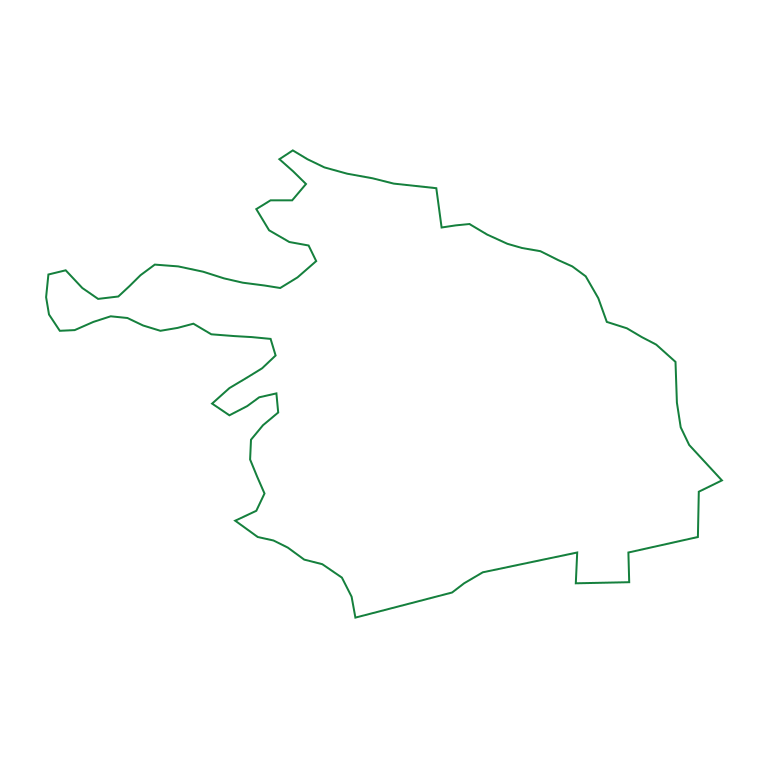 outline of Barra Funda, Rio Grande do Sul, Brazil
{"feature_id": "56859067B80919808552891", "entity_name": "Barra Funda", "entity_type": "district", "adm_level": 2, "iso_a3": "BRA", "parent_name": "Brazil", "parent_adm1": "Rio Grande do Sul", "projection": "natural_earth1", "projection_center": [-53.035, -27.919], "detail": "fine", "context": "isolated", "style": "outline", "palette": "green", "viewbox_px": 768, "rotation_deg": 0, "n_neighbors": 0, "source": "geoboundaries", "source_scale": "gbopen_adm2", "svg_char_len": 1366}
<svg xmlns="http://www.w3.org/2000/svg" viewBox="0 0 768 768"><path d="M629.2,582.2L628.4,552.5L697.9,537.0L698.8,491.7L721.9,480.4L708.5,465.9L689.2,445.0L680.7,427.3L676.9,402.6L676.3,385.2L675.5,361.9L656.2,344.6L641.8,337.1L626.9,328.3L606.8,321.9L598.3,298.2L585.7,276.3L572.3,266.4L558.0,260.0L540.4,251.2L522.0,248.0L507.4,243.8L487.2,234.6L469.4,224.0L455.6,225.4L441.6,227.5L436.3,188.2L393.7,183.6L372.6,178.3L347.2,173.7L324.4,167.4L307.4,159.2L292.8,150.4L279.4,159.2L293.1,171.3L306.0,184.0L292.2,200.3L270.6,200.3L256.3,209.1L269.1,230.3L289.3,242.0L308.6,245.5L316.2,261.1L297.5,277.4L280.2,288.0L264.5,285.5L242.8,282.7L224.1,278.4L203.1,271.7L178.2,266.4L154.8,264.6L140.5,275.2L129.4,286.2L118.3,296.5L98.1,298.9L82.3,288.0L65.7,270.3L48.4,274.5L46.1,297.2L49.0,314.5L59.8,330.8L74.7,330.1L93.4,321.9L110.7,316.3L127.4,318.0L143.1,325.5L160.4,330.8L177.6,327.9L193.4,323.7L211.3,334.3L234.6,336.1L251.9,337.1L270.6,338.9L275.6,355.5L262.1,368.3L247.8,377.1L229.4,388.1L212.1,403.6L229.4,415.3L247.2,406.1L259.2,397.3L276.4,393.4L278.2,412.5L263.0,425.2L251.0,439.7L250.1,459.5L257.2,476.8L264.5,493.5L256.3,510.8L235.2,520.7L257.7,537.0L273.5,540.5L287.8,547.6L304.2,559.6L322.3,564.2L341.9,577.6L351.6,596.7L355.4,617.6L452.1,592.5L464.1,583.3L482.8,572.3L577.2,552.5L575.8,583.3L629.2,582.2Z" fill="none" stroke="#15803d" stroke-width="2"/></svg>